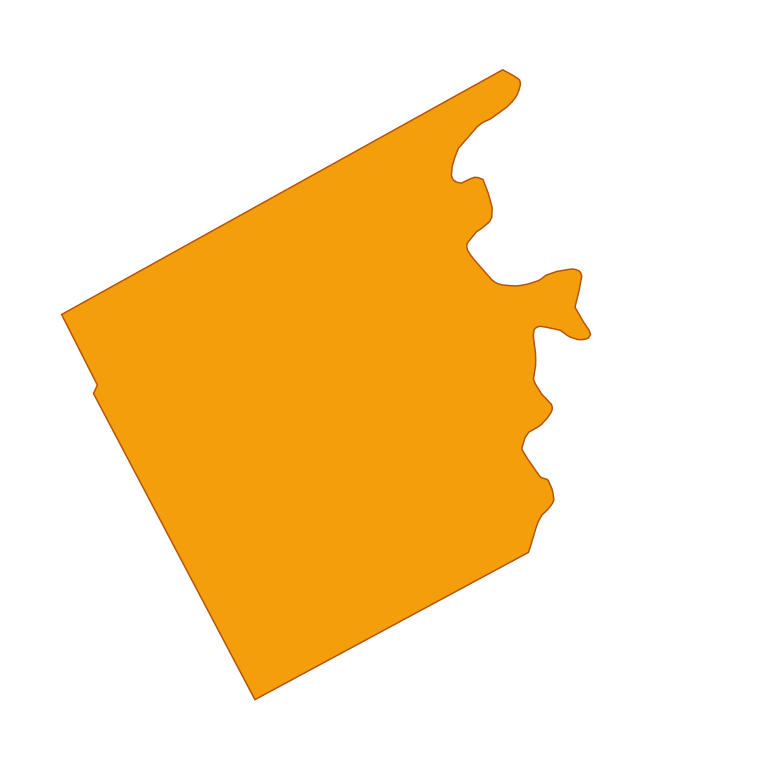 the district of Grayson, Texas, United States of America, rotated 61°
{"feature_id": "52423323B81583627867323", "entity_name": "Grayson", "entity_type": "district", "adm_level": 2, "iso_a3": "USA", "parent_name": "United States of America", "parent_adm1": "Texas", "projection": "natural_earth1", "projection_center": [-96.674, 33.679], "detail": "fine", "context": "isolated", "style": "filled", "palette": "amber", "viewbox_px": 768, "rotation_deg": 61, "n_neighbors": 0, "source": "geoboundaries", "source_scale": "gbopen_adm2", "svg_char_len": 1538}
<svg xmlns="http://www.w3.org/2000/svg" viewBox="0 0 768 768"><g transform="rotate(61 384 384)"><path d="M251.4,642.7L597.5,649.9L601.3,339.4L597.7,335.3L582.7,320.0L578.9,315.4L575.1,309.2L573.0,301.2L571.9,298.5L570.1,294.7L568.0,291.8L562.2,289.4L557.4,288.0L548.5,287.1L546.6,287.5L542.1,291.8L539.9,292.6L519.2,294.7L508.3,295.1L506.7,294.3L499.3,286.7L496.3,280.7L496.2,270.2L495.7,266.1L493.2,258.4L490.1,252.0L488.0,249.4L486.0,248.2L483.2,247.4L469.1,251.0L457.5,251.6L452.4,251.1L441.5,242.6L437.0,239.9L430.6,236.6L413.8,229.9L409.1,226.1L408.5,224.1L408.7,221.0L409.3,219.5L412.1,215.6L422.4,203.8L430.3,200.2L433.6,198.1L439.2,192.8L441.2,189.4L442.8,184.9L442.8,182.7L440.9,179.4L440.4,179.3L437.0,178.6L425.8,179.5L409.8,179.7L408.4,178.8L397.7,168.8L385.5,158.7L382.1,158.1L379.9,158.4L377.3,160.4L375.1,162.9L373.7,165.9L369.4,178.1L367.4,189.4L368.5,196.6L368.4,199.2L366.4,209.6L363.8,217.4L361.8,221.9L355.0,232.2L351.3,236.0L348.4,237.8L345.2,239.2L319.3,244.8L313.1,245.8L307.3,246.0L303.8,245.0L301.4,243.1L300.4,241.1L295.7,229.4L295.3,223.6L293.5,214.3L292.8,212.3L290.5,209.0L282.2,203.9L268.0,200.4L253.1,198.3L249.1,201.6L247.2,204.4L246.4,208.9L245.8,219.1L242.5,222.8L238.9,224.5L234.7,224.2L226.7,218.8L219.9,211.9L214.0,204.8L204.2,177.9L203.1,171.7L203.7,161.9L201.4,142.6L199.1,134.7L197.0,129.8L195.3,127.1L192.3,123.4L188.5,119.8L186.7,118.7L184.0,118.1L182.4,118.5L176.2,121.8L174.3,123.0L166.7,127.9L166.9,632.3L246.0,635.2L251.4,642.7Z" fill="#f59e0b" stroke="#b45309" stroke-width="1.5"/></g></svg>